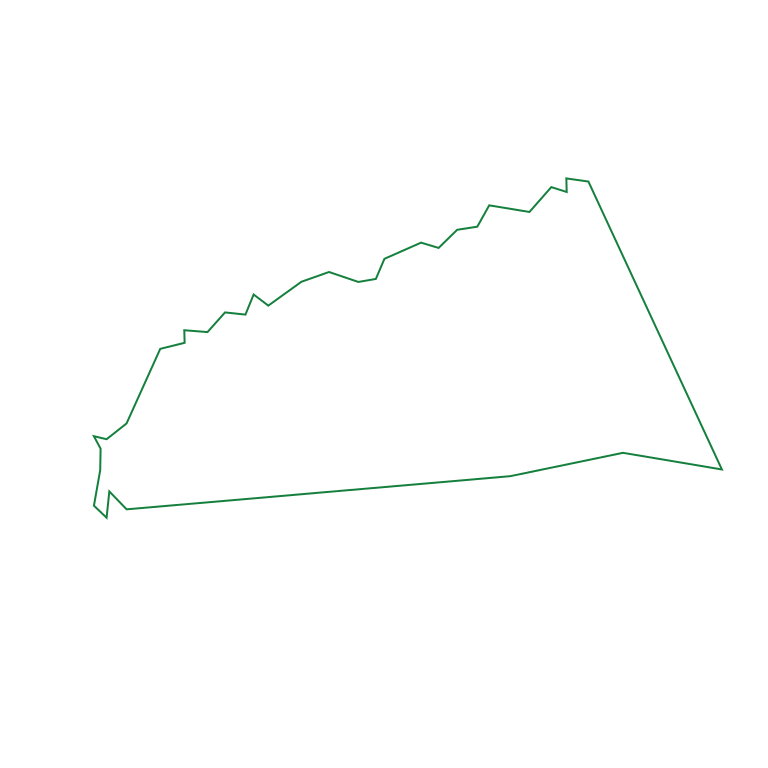 Montgomery, Georgia, United States of America (Albers equal-area conic projection), rotated 77°
{"feature_id": "52423323B10770912620871", "entity_name": "Montgomery", "entity_type": "district", "adm_level": 2, "iso_a3": "USA", "parent_name": "United States of America", "parent_adm1": "Georgia", "projection": "albers", "projection_center": [-82.582, 32.151], "detail": "fine", "context": "isolated", "style": "outline", "palette": "green", "viewbox_px": 768, "rotation_deg": 77, "n_neighbors": 0, "source": "geoboundaries", "source_scale": "gbopen_adm2", "svg_char_len": 596}
<svg xmlns="http://www.w3.org/2000/svg" viewBox="0 0 768 768"><g transform="rotate(77 384 384)"><path d="M224.7,160.1L238.0,162.8L229.8,176.7L249.1,203.6L233.6,241.3L251.7,257.7L250.2,278.0L263.7,300.2L254.6,316.1L262.1,355.4L279.8,368.3L278.8,386.0L262.5,412.4L265.8,441.5L281.6,479.1L267.5,490.9L285.2,503.4L278.5,522.8L293.7,544.3L286.7,566.5L299.0,569.0L299.4,594.1L364.5,643.7L375.4,666.7L369.6,678.4L383.3,674.7L404.1,679.9L437.3,694.0L451.9,684.4L426.9,675.8L448.2,663.0L502.2,281.8L504.8,166.7L543.3,74.0L232.7,139.3L224.7,160.1Z" fill="none" stroke="#15803d" stroke-width="2"/></g></svg>